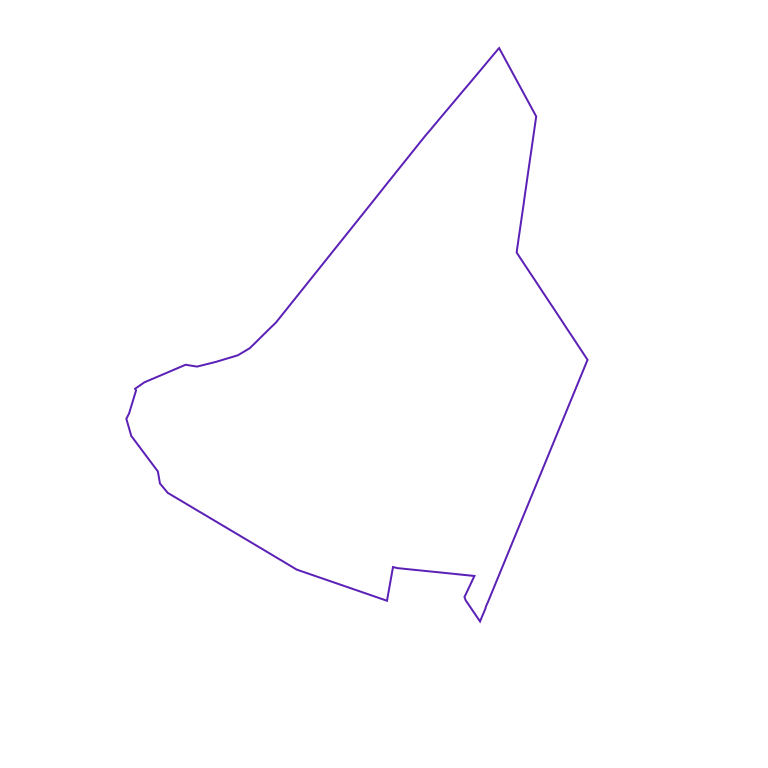 outline of San Juan de los Cués, Oaxaca, Mexico, rotated 335°
{"feature_id": "50627088B95706371455235", "entity_name": "San Juan de los Cués", "entity_type": "district", "adm_level": 2, "iso_a3": "MEX", "parent_name": "Mexico", "parent_adm1": "Oaxaca", "projection": "robinson", "projection_center": [-97.027, 18.044], "detail": "fine", "context": "isolated", "style": "outline", "palette": "violet", "viewbox_px": 768, "rotation_deg": 335, "n_neighbors": 0, "source": "geoboundaries", "source_scale": "gbopen_adm2", "svg_char_len": 1246}
<svg xmlns="http://www.w3.org/2000/svg" viewBox="0 0 768 768"><g transform="rotate(335 384 384)"><path d="M578.7,448.1L575.1,423.9L574.3,418.4L573.1,410.6L571.7,400.9L569.8,388.0L568.4,379.0L567.5,372.7L566.8,368.2L564.7,353.9L563.3,344.8L562.7,340.6L562.1,336.9L561.0,329.3L561.0,329.2L560.2,323.9L559.8,320.9L562.8,316.2L564.8,313.2L567.9,308.4L571.0,303.7L573.7,299.6L576.7,295.0L586.5,280.1L590.8,273.4L607.4,248.0L612.5,240.2L614.7,236.9L634.4,206.8L635.0,205.9L635.0,205.5L630.3,128.2L629.5,128.5L614.3,135.6L612.4,136.5L586.7,148.5L579.2,151.9L573.7,154.5L561.9,160.0L555.4,163.0L552.6,164.3L545.9,167.4L539.3,170.5L531.2,174.3L526.7,176.3L471.5,203.6L451.1,213.8L311.9,282.7L306.0,284.7L303.4,285.6L299.8,286.9L295.2,288.5L294.8,288.7L293.6,289.1L287.9,291.1L286.4,291.7L279.8,294.0L279.7,294.0L277.5,294.8L263.7,296.2L240.9,292.9L221.9,289.2L212.3,282.7L167.7,281.2L156.4,283.1L156.6,285.0L140.3,303.2L140.2,303.2L135.8,306.6L133.0,324.3L142.1,367.7L138.9,379.5L142.0,391.3L197.1,472.1L226.5,515.4L295.1,581.7L302.0,571.9L314.8,553.7L318.3,556.5L384.8,596.2L366.9,611.1L366.6,614.6L370.7,639.8L375.1,635.7L375.6,635.3L376.3,634.7L380.8,630.6L382.5,628.6L386.2,625.4L578.7,448.1Z" fill="none" stroke="#5b21b6" stroke-width="2"/></g></svg>